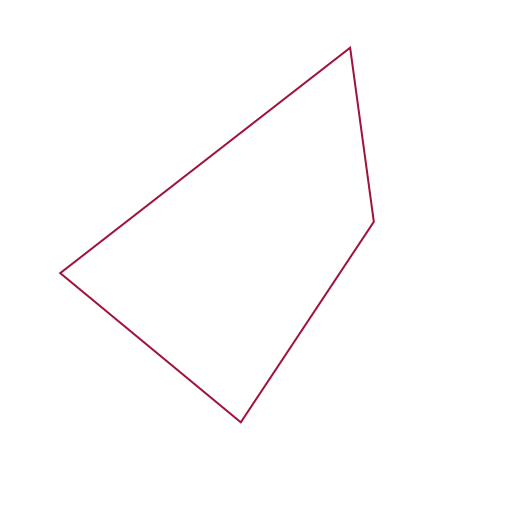 Jarvis Island, Albers equal-area conic projection, rotated 332°
{"feature_id": "UMI-5173", "entity_name": "Jarvis Island", "entity_type": "state/province", "adm_level": 1, "iso_a3": "UMI", "parent_name": "United States Minor Outlying Islands", "parent_adm1": "", "projection": "albers", "projection_center": [-160.021, -0.381], "detail": "fine", "context": "isolated", "style": "outline", "palette": "rose", "viewbox_px": 512, "rotation_deg": 332, "n_neighbors": 0, "source": "natural_earth", "source_scale": "10m", "svg_char_len": 224}
<svg xmlns="http://www.w3.org/2000/svg" viewBox="0 0 512 512"><g transform="rotate(332 256 256)"><path d="M75.1,179.2L436.9,116.3L376.1,281.1L164.5,395.7L75.1,179.2Z" fill="none" stroke="#9f1239" stroke-width="2"/></g></svg>